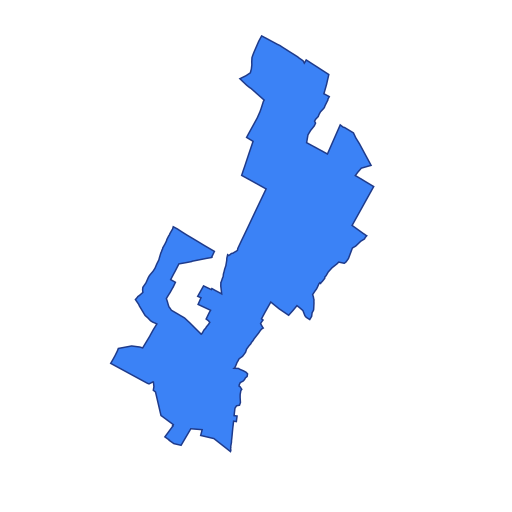 the district of Tekal de Venegas, Yucatán, Mexico, rotated 293°
{"feature_id": "50627088B65871153010469", "entity_name": "Tekal de Venegas", "entity_type": "district", "adm_level": 2, "iso_a3": "MEX", "parent_name": "Mexico", "parent_adm1": "Yucatán", "projection": "orthographic", "projection_center": [-88.868, 21.02], "detail": "fine", "context": "isolated", "style": "filled", "palette": "blue", "viewbox_px": 512, "rotation_deg": 293, "n_neighbors": 0, "source": "geoboundaries", "source_scale": "gbopen_adm2", "svg_char_len": 4777}
<svg xmlns="http://www.w3.org/2000/svg" viewBox="0 0 512 512"><g transform="rotate(293 256 256)"><path d="M317.9,350.0L318.0,348.9L318.4,347.5L318.6,346.1L321.7,332.5L365.9,337.2L368.6,318.0L368.8,316.0L372.7,316.9L378.0,318.6L384.4,326.5L399.7,307.4L403.8,301.6L407.4,297.6L408.4,290.7L408.9,287.2L408.6,286.1L409.6,282.3L377.8,281.9L380.1,258.3L387.8,256.5L392.9,257.2L396.4,258.2L398.5,258.8L401.6,258.9L403.0,257.2L405.3,257.5L408.7,258.8L410.8,258.7L413.8,259.0L418.2,260.6L419.4,260.9L421.3,260.8L427.8,261.2L428.6,260.9L431.3,261.2L431.9,255.1L441.5,253.9L451.5,252.1L456.1,225.6L454.0,225.4L452.4,225.1L453.9,223.4L454.4,221.6L454.8,219.6L455.0,218.5L455.4,217.3L455.7,216.0L457.2,206.7L458.5,198.9L459.1,195.7L459.2,192.9L459.6,188.7L460.8,175.2L454.7,174.6L442.6,174.5L439.4,174.6L437.0,174.8L433.1,176.2L430.3,177.5L426.2,178.7L424.5,178.9L423.8,179.0L422.4,179.2L418.0,176.3L412.9,171.9L411.4,175.8L409.6,180.6L408.6,184.1L408.3,185.9L402.7,202.6L401.2,202.4L393.6,203.1L390.6,203.3L383.6,203.2L365.9,201.4L361.5,201.0L360.4,208.5L356.6,208.8L347.2,209.5L335.1,210.5L329.4,210.9L324.6,211.3L321.7,239.1L299.3,238.1L279.2,237.3L270.2,236.9L264.1,236.6L255.8,236.3L255.0,236.5L254.0,236.7L252.6,235.9L252.4,235.8L252.4,235.7L252.2,235.5L249.5,233.6L248.9,232.6L248.1,232.0L247.1,231.6L246.1,230.8L245.8,230.7L246.1,229.4L242.6,230.0L240.4,230.8L236.7,231.7L236.1,231.8L235.7,232.0L231.7,232.3L228.8,232.8L227.6,232.9L226.4,233.1L224.3,233.8L222.0,233.8L221.3,233.9L218.6,234.1L217.9,234.0L217.2,234.3L214.6,235.3L210.6,237.6L207.7,239.2L207.9,237.3L208.2,234.0L208.4,231.4L208.5,230.7L208.8,228.1L207.6,228.0L208.0,219.4L196.1,218.1L196.1,221.7L188.8,221.6L188.6,227.1L188.3,235.4L185.8,235.1L182.3,234.9L179.7,234.8L178.5,234.7L177.9,237.3L176.9,239.4L174.6,239.0L171.3,238.0L169.9,237.9L167.9,237.1L166.4,236.9L164.2,236.7L163.8,236.5L163.3,236.5L162.6,236.1L164.8,230.6L168.7,220.9L169.4,218.9L171.0,214.6L171.3,212.6L171.7,209.2L172.1,206.5L172.1,206.4L173.0,199.3L174.5,197.0L175.2,195.7L176.6,194.5L179.9,191.8L181.8,190.1L186.0,190.7L189.0,191.2L194.7,191.8L194.8,191.9L195.0,191.9L200.1,192.1L200.3,192.1L200.6,189.6L200.9,186.7L203.7,186.9L207.4,187.2L210.3,187.5L217.0,188.0L218.6,188.1L222.5,194.1L225.8,199.0L226.2,199.2L234.5,211.4L237.2,215.6L237.8,216.0L238.3,215.6L238.6,215.7L244.0,215.9L245.5,204.2L246.5,197.3L246.9,194.5L247.7,188.7L248.3,184.2L249.2,178.6L250.2,173.1L250.6,168.4L248.2,168.7L247.2,168.5L243.0,168.0L242.3,168.0L241.5,168.1L240.6,167.8L236.5,167.5L234.7,167.7L231.3,167.5L227.0,167.0L225.8,167.3L225.0,167.1L223.0,167.3L221.8,167.2L216.4,167.8L214.6,168.1L209.9,167.8L209.0,167.8L208.2,167.8L205.8,167.8L205.7,167.8L205.3,167.8L201.7,167.2L197.6,165.9L196.4,165.6L195.9,165.5L194.2,165.3L188.2,165.2L183.0,164.1L180.6,164.8L178.3,166.1L174.7,164.4L172.3,163.0L171.8,163.0L168.8,162.0L165.6,167.0L164.5,168.1L157.9,177.2L156.8,180.6L155.2,184.2L154.8,186.6L154.8,189.8L154.7,191.3L148.3,190.3L141.7,189.6L141.1,189.6L127.1,187.6L126.8,184.6L124.6,176.7L117.1,165.4L114.5,165.5L109.1,165.2L105.2,164.8L100.4,164.2L96.4,205.8L96.5,207.5L99.9,210.4L99.9,210.8L95.8,213.1L92.3,213.9L91.6,216.6L72.0,230.9L71.9,231.5L69.0,243.6L68.8,244.3L68.5,245.8L67.1,245.5L67.0,246.0L65.6,245.6L64.4,245.3L53.9,242.8L52.7,248.1L52.4,248.1L51.2,253.7L52.5,261.0L71.5,263.5L75.1,274.3L69.2,275.2L71.5,288.6L66.0,308.9L67.2,308.8L69.4,307.6L70.1,307.6L70.6,307.2L75.3,306.1L76.1,305.7L78.9,304.9L88.7,301.8L90.4,301.3L90.5,301.3L95.2,299.9L95.9,302.6L101.3,301.1L100.5,298.2L107.6,296.1L110.5,296.6L112.2,299.1L115.1,298.9L119.5,296.7L122.4,295.5L124.7,295.0L125.8,294.7L126.5,294.7L127.7,295.0L129.5,292.3L129.5,291.4L130.6,290.9L133.0,290.9L133.5,291.3L134.2,291.6L135.5,292.8L136.3,293.2L137.8,293.7L139.8,293.9L141.6,294.9L144.2,294.3L145.1,292.3L145.4,289.4L145.4,284.8L145.7,284.0L144.1,279.7L144.9,280.1L146.6,280.2L148.9,280.2L150.4,280.1L153.0,280.5L154.1,280.4L155.8,281.2L158.4,282.8L163.3,284.0L166.6,283.7L170.9,284.7L173.1,285.5L174.7,285.6L177.0,286.3L179.1,286.6L186.1,288.5L189.1,289.1L191.0,289.7L192.5,290.8L193.1,289.8L195.6,286.6L197.9,287.0L199.8,287.5L200.3,285.6L207.8,286.3L219.4,287.6L216.4,298.0L214.2,309.2L220.3,311.3L226.3,313.1L225.5,316.2L224.1,320.5L220.3,324.2L219.5,325.4L219.1,326.6L218.5,330.3L222.2,330.8L225.7,329.8L228.3,330.1L229.2,330.0L235.2,327.8L236.9,327.0L238.3,326.5L239.5,325.6L240.8,324.8L242.6,323.2L247.4,324.1L248.8,324.5L250.6,324.7L254.9,324.8L256.3,325.2L256.0,326.2L257.1,326.3L258.3,326.9L262.3,328.0L263.5,327.6L265.2,328.2L266.8,328.4L269.4,328.7L272.9,329.9L274.9,330.6L280.8,333.8L282.7,334.5L283.8,340.1L285.5,341.1L287.5,341.6L288.5,341.8L289.7,342.1L301.0,341.6L304.1,343.9L310.6,346.7L314.1,349.2L315.7,349.3L317.9,350.0Z" fill="#3b82f6" stroke="#1e3a8a" stroke-width="1.5"/></g></svg>